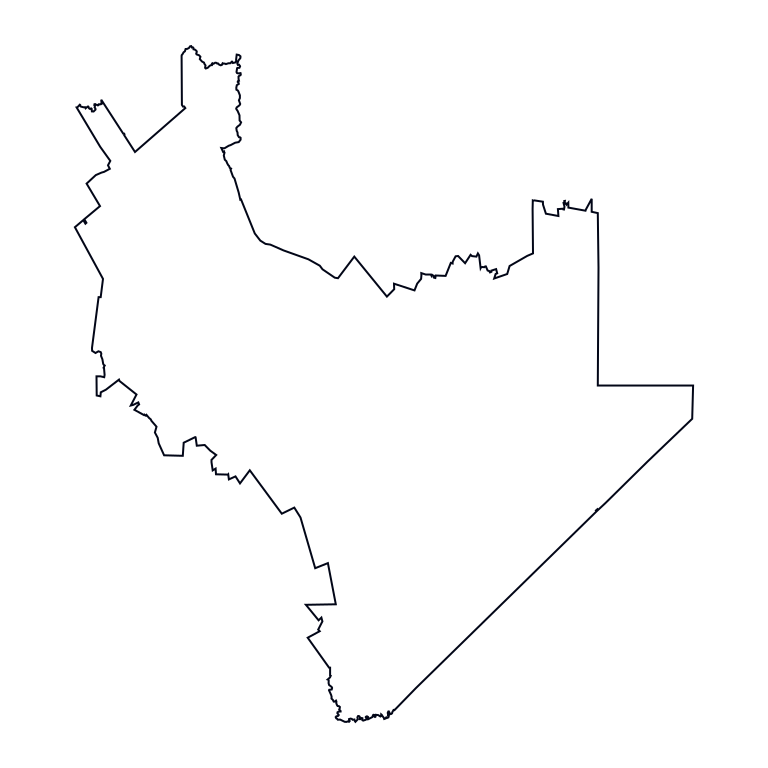 China, Nuevo León, Mexico (Equal Earth projection)
{"feature_id": "50627088B55287529852114", "entity_name": "China", "entity_type": "district", "adm_level": 2, "iso_a3": "MEX", "parent_name": "Mexico", "parent_adm1": "Nuevo León", "projection": "equal_earth", "projection_center": [-99.08, 25.492], "detail": "fine", "context": "isolated", "style": "outline", "palette": "ink", "viewbox_px": 768, "rotation_deg": 0, "n_neighbors": 0, "source": "geoboundaries", "source_scale": "gbopen_adm2", "svg_char_len": 5989}
<svg xmlns="http://www.w3.org/2000/svg" viewBox="0 0 768 768"><path d="M181.8,55.0L181.6,55.8L181.9,104.9L183.0,106.6L184.2,106.5L185.3,108.1L135.0,152.0L124.2,135.2L124.5,134.3L124.1,133.6L123.2,133.6L101.7,100.4L101.3,100.5L101.3,101.2L102.3,102.9L101.8,103.7L101.2,103.4L100.9,104.2L99.9,104.4L99.0,104.2L98.4,105.2L97.9,105.4L97.4,104.9L96.3,104.9L95.3,104.1L94.5,104.2L94.3,105.2L95.0,105.9L94.6,107.4L95.4,108.5L95.5,109.6L93.6,111.5L91.9,111.4L91.6,108.7L91.1,108.4L90.5,108.9L89.6,108.8L88.8,108.0L88.5,106.8L88.2,106.5L87.6,106.6L85.6,108.3L85.1,107.2L83.7,107.3L80.9,106.6L80.2,105.8L80.2,105.0L79.8,104.7L77.5,107.2L76.6,107.4L100.2,146.8L110.3,160.9L108.0,165.3L109.8,168.8L104.0,171.9L101.5,172.6L95.8,175.1L86.6,183.6L100.0,206.1L84.3,219.2L86.4,222.8L85.4,223.7L83.3,220.1L74.9,227.2L103.0,278.9L100.7,297.1L98.6,297.1L92.0,347.9L92.1,350.8L95.5,353.0L98.4,351.3L100.7,352.1L101.3,353.6L101.0,355.8L102.4,359.3L103.2,363.9L103.9,365.0L104.7,365.5L103.6,367.7L104.0,367.9L104.6,374.9L104.2,377.2L100.3,376.3L96.5,376.3L96.7,395.5L100.4,396.3L100.8,392.3L105.9,389.7L119.0,379.6L119.5,381.0L136.5,394.5L130.8,405.5L133.2,404.9L138.3,402.4L139.1,404.4L137.7,405.5L134.4,409.8L144.0,415.1L144.4,414.6L145.9,415.7L146.5,414.9L149.1,418.0L150.7,419.3L151.5,420.9L156.5,426.7L154.9,432.5L157.7,437.8L158.7,443.3L164.1,455.3L182.8,455.8L183.7,442.7L195.2,437.1L195.6,437.3L196.8,445.7L204.7,445.0L210.3,450.7L216.2,455.0L211.5,459.9L211.5,462.2L212.7,470.4L215.6,468.6L216.0,474.3L227.9,474.6L228.2,474.3L228.9,479.4L235.5,476.4L240.0,483.4L249.8,470.3L281.8,513.7L294.3,507.6L300.5,517.5L315.2,568.2L327.9,563.1L335.8,604.3L305.9,604.8L318.6,620.3L321.4,617.6L322.4,621.4L318.2,629.6L319.7,631.2L307.7,637.7L329.1,667.7L330.1,667.7L330.1,675.5L330.7,675.8L330.0,677.4L327.7,679.5L328.3,679.7L328.7,680.4L328.6,683.2L329.1,685.0L331.1,686.5L331.9,687.3L332.1,688.0L331.7,689.5L329.2,689.8L329.0,690.3L331.1,694.9L331.6,696.7L331.5,698.6L332.8,699.8L333.7,701.6L334.7,701.6L336.0,700.6L336.4,701.5L336.3,703.3L337.0,705.1L337.6,706.0L339.0,706.2L339.9,707.0L339.7,708.4L339.2,709.5L340.6,711.0L340.6,711.5L338.6,711.6L337.5,712.3L337.4,713.3L338.7,714.9L338.7,715.2L337.9,716.0L336.4,716.3L335.7,717.1L336.2,718.3L337.1,718.8L337.8,719.7L340.2,719.6L344.7,721.8L346.5,721.9L347.8,721.4L349.0,721.8L349.7,721.0L349.1,720.0L349.0,719.1L350.5,718.6L351.8,718.9L352.7,719.8L354.4,719.5L354.8,721.0L355.4,721.8L357.8,719.3L357.4,717.3L358.0,716.1L358.8,716.0L359.5,716.5L359.9,717.2L359.9,719.1L360.4,719.1L361.7,718.0L362.4,718.2L362.4,720.2L363.2,720.6L365.7,719.8L367.1,718.1L367.2,717.6L366.9,717.3L366.5,717.2L366.1,717.6L365.8,717.4L365.8,716.9L366.5,716.4L367.2,716.4L368.1,717.0L368.2,717.7L367.6,718.7L367.7,719.3L368.0,719.3L372.3,717.1L373.0,715.2L373.4,714.8L374.5,715.0L374.4,716.6L375.0,717.0L375.5,716.7L375.8,714.8L378.2,715.1L380.4,716.5L381.1,716.1L381.2,714.4L381.8,714.9L382.2,715.7L383.8,717.8L384.2,719.0L385.1,718.7L386.3,717.3L386.7,717.5L386.9,718.0L388.4,717.4L388.7,716.4L387.9,715.4L388.1,714.0L387.7,713.0L388.3,711.5L388.8,711.4L389.5,712.6L388.6,714.1L388.6,714.8L389.3,714.8L390.0,714.0L391.4,713.9L392.1,713.2L392.3,712.2L393.6,709.9L394.1,709.8L394.5,710.1L415.8,688.2L596.5,511.4L595.9,510.5L597.4,509.2L597.9,510.1L605.6,502.9L647.5,461.6L692.2,418.8L693.1,385.5L597.8,385.5L598.5,267.7L597.8,213.1L591.7,211.8L591.7,198.8L585.9,209.5L585.5,210.7L568.4,207.6L568.3,202.6L566.6,204.5L566.3,203.6L565.7,203.8L564.7,202.3L564.9,200.9L564.3,201.0L564.4,202.2L563.5,202.8L564.5,206.8L564.0,209.5L563.3,209.4L563.1,208.7L557.9,209.1L558.4,216.0L545.9,213.7L543.0,204.6L542.9,201.7L534.3,200.4L533.2,200.7L532.8,200.5L532.6,208.9L533.0,253.4L527.2,255.9L509.6,266.0L507.2,274.0L494.2,278.5L495.6,274.0L497.2,273.3L496.1,269.1L491.4,270.6L491.4,271.8L490.0,272.4L489.3,271.1L487.6,270.5L485.9,266.4L485.2,266.4L484.3,267.2L482.1,267.0L480.9,267.5L480.6,268.1L479.1,255.3L477.9,253.4L476.4,256.6L472.0,256.1L470.6,254.8L465.1,263.2L458.1,256.0L455.6,256.3L452.7,261.7L452.6,263.5L450.8,262.9L445.6,275.9L435.7,275.5L435.3,278.0L434.1,277.7L434.1,277.2L433.7,277.1L433.7,275.9L432.2,274.9L431.6,276.0L430.8,274.5L425.6,274.5L421.3,273.1L421.4,275.3L421.1,278.9L417.2,283.6L414.5,290.4L394.0,283.7L394.2,289.2L386.9,296.6L354.3,256.6L338.0,278.2L334.8,277.7L322.5,269.3L319.8,265.7L308.4,259.3L283.5,250.4L270.3,244.6L265.5,243.9L260.3,240.6L254.8,233.5L241.6,200.8L241.0,199.4L240.3,199.7L238.7,192.6L234.5,178.5L233.0,176.7L230.5,169.8L231.1,168.6L229.8,167.9L229.1,166.0L228.2,165.1L227.2,163.3L226.3,161.1L224.8,159.7L223.8,155.5L224.4,153.1L224.2,153.1L224.1,151.5L223.1,151.9L221.3,148.0L223.7,148.3L224.6,148.2L228.8,145.7L230.6,145.1L235.2,142.7L238.7,142.1L240.6,139.7L240.6,137.8L240.2,137.4L239.0,137.2L237.7,135.1L237.5,132.4L236.7,130.8L236.3,128.1L237.4,126.7L240.0,124.7L241.1,122.3L239.6,120.5L239.5,115.3L237.6,110.9L236.4,109.2L236.2,108.6L236.7,107.4L239.1,105.6L240.0,104.6L240.2,103.9L238.9,100.3L239.9,98.1L239.9,95.3L238.3,91.2L237.7,90.4L236.4,89.7L236.3,87.7L236.8,85.2L238.8,83.9L238.6,82.9L237.7,81.9L237.9,81.2L239.0,80.8L238.6,79.3L238.5,76.6L239.1,75.9L240.5,75.2L240.8,74.3L240.5,73.1L238.2,73.4L237.0,73.0L236.5,72.0L237.1,68.2L237.4,67.9L239.4,67.8L240.1,66.4L240.0,66.0L239.0,64.7L237.9,64.9L237.3,63.6L238.4,60.5L240.3,58.2L240.5,56.9L240.4,56.2L238.9,55.0L236.7,54.6L236.1,59.6L236.2,61.3L235.2,62.5L232.9,63.0L232.2,61.7L231.7,61.7L230.5,63.2L228.3,63.3L225.9,64.1L224.8,63.6L223.2,63.6L222.7,63.2L222.4,63.5L222.1,64.7L220.8,65.3L219.2,64.7L218.1,63.5L217.2,63.6L216.6,62.9L215.2,62.7L213.7,63.7L212.4,63.2L212.0,63.7L212.4,64.3L212.0,65.1L211.0,65.1L209.7,65.8L207.7,67.8L205.8,68.5L205.1,67.8L205.5,65.4L204.4,63.8L204.0,62.6L202.1,61.6L199.8,59.1L200.4,56.7L199.1,55.3L196.6,54.4L196.2,53.7L196.8,51.8L196.4,50.8L194.7,49.5L193.5,49.3L193.4,47.9L192.8,47.3L191.9,47.5L191.2,46.1L190.1,46.3L188.9,48.0L187.2,48.9L185.6,49.0L184.9,51.3L183.6,52.3L182.4,54.4L181.8,55.0Z" fill="none" stroke="#020617" stroke-width="2"/></svg>